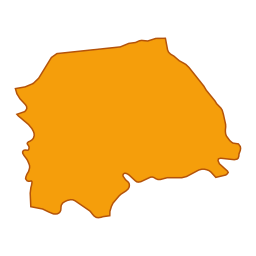 the County of Suceava
{"feature_id": "ROU-311", "entity_name": "Suceava", "entity_type": "County", "adm_level": 1, "iso_a3": "ROU", "parent_name": "Romania", "parent_adm1": "", "projection": "albers", "projection_center": [25.683, 47.513], "detail": "fine", "context": "isolated", "style": "filled", "palette": "amber", "viewbox_px": 256, "rotation_deg": 0, "n_neighbors": 0, "source": "natural_earth", "source_scale": "10m", "svg_char_len": 2120}
<svg xmlns="http://www.w3.org/2000/svg" viewBox="0 0 256 256"><path d="M147.7,41.0L155.9,38.4L165.4,38.3L167.6,50.0L168.6,52.2L170.5,54.1L174.0,56.2L179.2,60.7L185.8,64.4L188.9,67.4L203.8,86.1L206.3,90.3L215.0,101.0L216.6,103.7L220.8,108.0L222.2,110.2L223.4,114.4L225.6,124.4L225.7,126.9L225.4,129.7L225.4,131.9L225.7,134.1L226.4,136.0L229.7,140.5L231.6,142.2L233.0,143.1L238.4,143.9L240.3,146.5L240.6,148.3L240.3,150.4L239.0,153.9L238.8,156.2L238.2,158.1L237.1,159.1L234.3,159.7L220.6,158.2L218.5,158.8L218.0,160.6L219.4,163.8L227.5,171.1L228.2,172.5L227.1,174.0L225.8,175.0L215.8,177.4L211.1,172.2L209.2,170.7L206.9,169.8L204.4,169.2L201.8,169.2L198.8,170.0L186.6,176.5L181.9,177.7L167.2,177.7L160.4,179.5L157.9,179.5L155.8,178.7L154.1,177.6L152.3,177.0L150.4,177.2L140.8,181.7L138.5,182.1L136.9,181.9L135.2,180.7L129.2,175.1L127.4,173.9L125.8,173.3L124.4,173.3L123.4,174.0L122.9,175.1L123.2,176.4L125.5,179.7L128.2,182.1L129.1,183.5L129.4,185.1L129.2,186.9L128.2,188.9L126.0,190.9L120.9,194.2L118.9,196.1L113.0,203.1L111.4,206.4L109.9,211.4L109.8,215.7L102.9,216.7L101.0,217.3L98.3,217.7L96.2,217.4L94.1,216.0L92.5,214.2L91.2,212.5L89.8,210.9L75.1,200.8L72.9,199.8L70.6,199.7L67.4,200.4L64.8,201.6L62.7,203.0L61.3,205.2L61.0,207.0L60.9,208.8L60.7,210.4L60.0,211.9L58.8,213.1L57.1,213.9L55.1,214.0L53.4,213.9L48.6,211.9L42.6,209.0L30.8,206.7L30.2,193.2L30.9,187.5L31.5,185.4L32.0,182.5L31.8,181.4L31.1,180.9L30.1,181.2L28.7,181.3L27.1,180.8L25.6,178.8L25.9,176.9L26.9,174.3L28.6,171.4L29.6,167.9L29.6,165.8L29.0,163.9L27.5,160.4L26.5,158.8L24.0,155.5L22.8,153.4L22.6,152.0L23.2,150.8L24.1,150.2L25.3,150.0L26.3,150.1L27.3,150.3L28.1,150.1L28.7,149.5L29.1,147.8L28.9,146.5L28.3,145.4L27.6,144.5L27.2,143.6L27.5,142.7L28.5,141.8L30.1,141.1L31.8,140.0L33.3,138.4L34.2,135.7L34.1,133.5L33.4,131.4L31.9,128.6L28.5,124.5L18.3,115.9L16.9,114.3L24.7,111.6L25.8,110.4L26.8,108.6L26.6,106.5L25.5,104.7L20.0,98.8L16.9,93.8L15.4,88.6L25.1,86.9L33.2,83.5L33.2,83.4L33.3,83.4L38.7,78.2L51.4,57.5L56.9,53.6L120.3,46.9L128.8,43.4L135.5,42.5L139.4,40.8L141.6,40.4L147.7,41.0Z" fill="#f59e0b" stroke="#b45309" stroke-width="1.5"/></svg>